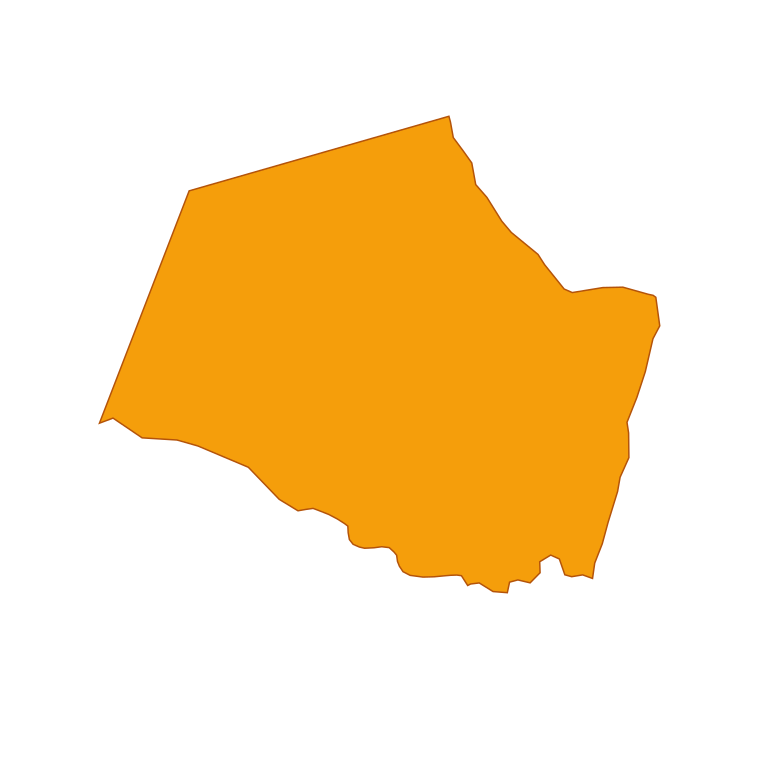 the district of Fond Manger, Anse-la-Raye, Saint Lucia, rotated 255°
{"feature_id": "8701671B97170128709946", "entity_name": "Fond Manger", "entity_type": "district", "adm_level": 2, "iso_a3": "LCA", "parent_name": "Saint Lucia", "parent_adm1": "Anse-la-Raye", "projection": "orthographic", "projection_center": [-61.01, 13.964], "detail": "fine", "context": "isolated", "style": "filled", "palette": "amber", "viewbox_px": 768, "rotation_deg": 255, "n_neighbors": 0, "source": "geoboundaries", "source_scale": "gbopen_adm2", "svg_char_len": 1178}
<svg xmlns="http://www.w3.org/2000/svg" viewBox="0 0 768 768"><g transform="rotate(255 384 384)"><path d="M625.8,516.0L621.0,245.8L419.8,99.0L421.2,113.4L394.6,136.4L383.5,169.5L372.3,188.2L338.7,231.4L299.6,253.0L283.8,268.1L283.1,276.1L282.2,283.3L279.3,287.4L272.5,296.6L265.8,303.9L259.6,309.6L256.1,312.3L249.6,310.9L242.7,310.3L237.1,312.7L232.9,318.0L230.4,322.7L228.4,332.0L227.4,339.7L224.6,346.7L219.1,350.2L215.3,351.9L209.1,351.1L204.0,351.7L197.8,353.8L192.4,359.7L187.4,371.7L184.8,382.6L182.9,393.8L182.0,398.8L180.6,404.9L178.8,409.2L168.6,412.4L167.7,412.7L168.4,415.9L167.2,424.5L155.3,435.6L150.5,449.1L160.1,454.0L160.1,462.6L154.1,473.7L161.3,485.9L172.0,488.4L175.6,500.7L169.6,508.1L152.9,509.3L149.3,515.4L148.2,526.5L142.2,535.1L156.5,541.2L173.2,553.5L192.3,564.6L219.7,581.8L232.8,587.9L249.5,601.5L273.4,607.6L284.1,608.8L305.6,624.8L328.3,639.6L358.1,655.5L368.8,665.4L397.4,669.0L400.0,666.9L402.3,662.4L415.7,639.8L420.5,620.3L423.6,589.5L429.1,582.6L457.7,570.0L469.3,566.3L497.4,546.2L510.8,539.9L537.6,531.7L552.9,524.2L574.8,526.0L588.2,521.0L604.1,514.7L619.9,516.0L625.8,516.0Z" fill="#f59e0b" stroke="#b45309" stroke-width="1.5"/></g></svg>